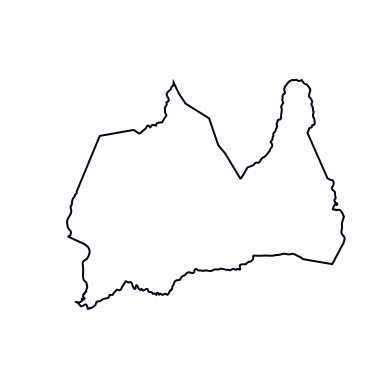 Guinope, El Paraíso, Honduras (Mercator projection), rotated 253°
{"feature_id": "27666195B48819141488377", "entity_name": "Guinope", "entity_type": "district", "adm_level": 2, "iso_a3": "HND", "parent_name": "Honduras", "parent_adm1": "El Paraíso", "projection": "mercator", "projection_center": [-86.952, 13.873], "detail": "fine", "context": "isolated", "style": "outline", "palette": "ink", "viewbox_px": 384, "rotation_deg": 253, "n_neighbors": 0, "source": "geoboundaries", "source_scale": "gbopen_adm2", "svg_char_len": 6036}
<svg xmlns="http://www.w3.org/2000/svg" viewBox="0 0 384 384"><g transform="rotate(253 192 192)"><path d="M185.3,60.8L174.0,73.5L172.0,75.1L170.2,76.2L169.1,76.6L168.0,76.9L166.1,76.9L164.8,76.7L163.6,76.1L161.9,75.0L160.4,73.7L158.7,71.7L157.7,68.1L156.3,67.0L155.5,66.5L149.3,65.2L143.3,63.1L140.6,62.7L139.4,62.8L136.1,64.5L135.3,64.5L134.6,64.2L132.6,64.3L131.0,63.6L128.7,61.9L127.5,61.6L127.3,61.2L127.3,60.0L126.0,59.4L125.8,58.9L125.9,58.3L125.6,57.9L123.8,57.2L122.1,58.0L121.7,58.1L121.2,58.0L121.0,57.7L121.0,57.2L121.8,56.1L122.0,55.4L121.3,55.1L120.6,55.5L120.3,55.4L119.5,53.6L119.4,52.3L119.4,51.3L120.5,49.9L120.8,49.2L120.7,48.9L119.0,50.7L115.7,52.0L115.2,52.4L115.0,53.1L115.0,54.3L115.7,56.9L115.3,57.9L113.8,58.3L111.2,58.2L110.7,58.4L110.5,58.6L110.6,59.0L111.1,59.9L111.0,60.4L110.5,60.9L110.7,62.7L111.8,66.0L112.2,66.7L113.0,67.2L114.0,68.2L114.7,68.5L115.0,68.8L114.5,72.2L115.6,75.6L115.6,76.8L115.2,79.9L115.3,80.8L115.9,81.8L116.5,82.4L117.2,82.7L117.6,83.1L117.6,83.6L117.1,84.6L116.8,86.1L117.7,86.8L118.3,87.8L119.8,90.1L120.5,91.6L120.3,92.3L119.2,93.9L119.2,94.8L119.7,95.7L121.6,97.3L126.0,102.5L125.7,103.1L124.1,104.7L124.0,105.4L123.9,106.8L123.2,107.4L121.8,107.8L118.6,107.8L116.8,108.3L116.2,108.6L116.0,109.2L116.2,109.8L118.3,110.7L119.0,111.3L119.1,111.7L118.7,112.1L117.8,112.4L114.7,112.8L113.8,113.5L113.4,114.1L114.1,114.9L114.0,115.4L113.7,115.6L112.7,115.8L112.0,116.6L112.6,120.1L112.4,120.8L112.1,121.1L111.6,121.2L109.8,121.2L109.3,121.3L107.8,124.2L107.2,124.5L106.5,124.5L106.1,124.7L105.8,126.9L104.0,127.8L104.1,128.0L105.4,128.8L105.7,129.3L104.9,130.4L103.5,130.6L103.5,130.9L104.1,132.0L102.8,133.1L102.3,133.7L102.2,134.3L102.5,136.0L102.4,136.9L102.3,137.2L101.0,138.1L101.1,139.0L101.5,139.8L102.9,141.0L104.0,142.1L104.2,142.6L104.1,143.3L104.4,143.4L104.6,143.3L105.2,144.7L105.8,145.1L107.2,145.5L109.0,147.6L111.1,148.9L111.7,149.9L112.1,151.5L111.5,154.3L111.9,155.0L113.2,156.3L113.7,157.1L114.2,158.3L114.6,160.8L115.9,163.1L116.2,163.9L116.2,165.0L116.0,165.9L114.5,168.4L114.2,169.2L114.2,169.8L114.6,170.5L115.8,171.1L116.7,171.9L117.2,172.5L117.3,173.0L117.1,173.8L115.4,174.8L115.1,175.2L114.4,177.5L113.4,179.3L112.8,183.0L112.0,184.2L111.2,186.0L110.9,188.2L111.4,191.3L110.1,194.4L110.3,196.9L109.0,199.8L107.5,202.1L106.9,204.2L106.1,205.1L106.0,206.2L106.6,208.9L106.3,209.5L105.4,210.3L104.9,211.0L104.8,211.4L105.2,212.1L105.1,212.9L104.9,213.4L104.2,214.2L103.9,215.0L104.0,215.4L104.4,215.6L107.0,215.9L107.7,216.2L108.1,216.7L108.3,217.3L108.3,218.1L107.2,222.5L108.4,224.7L108.6,226.2L108.4,227.6L108.5,228.4L109.2,229.6L110.3,230.9L111.2,231.4L112.7,231.6L113.0,232.0L113.1,232.6L111.6,236.7L109.4,244.9L108.1,248.3L107.6,250.4L107.3,251.4L107.3,253.2L106.4,257.0L106.2,261.4L105.4,263.5L104.1,266.1L103.8,267.1L103.8,269.0L103.6,270.1L102.2,272.2L99.6,274.7L98.2,276.4L95.3,278.6L82.0,305.0L97.4,320.4L98.0,321.2L98.9,321.8L99.7,322.6L101.8,323.7L101.8,324.0L103.0,324.4L104.3,324.5L105.5,324.1L107.6,323.1L108.7,323.0L109.7,323.1L111.1,323.6L114.2,325.2L115.6,325.4L119.2,326.7L121.9,328.8L123.1,329.2L123.7,330.0L124.0,330.1L128.4,329.5L131.0,328.6L131.5,328.2L131.8,327.8L132.4,325.8L132.3,325.2L132.4,324.7L132.5,324.5L133.0,324.4L133.8,322.1L134.2,321.7L136.6,323.1L138.0,324.8L138.3,325.5L137.4,326.2L137.3,326.6L137.5,327.1L137.8,327.4L138.5,327.3L139.2,326.9L139.5,326.5L139.6,326.0L140.0,325.7L141.2,325.8L142.4,325.7L143.5,326.5L144.0,327.5L144.3,327.7L146.9,327.9L150.4,328.7L151.1,328.4L152.8,327.0L153.5,326.8L154.2,326.8L155.2,327.1L157.0,328.9L158.1,329.7L159.4,330.1L160.8,330.2L161.6,330.1L162.2,329.7L163.3,327.9L165.4,325.6L214.9,319.7L216.8,321.6L218.6,322.5L218.9,325.1L219.8,326.2L220.4,326.3L220.9,326.7L220.5,328.0L220.5,328.4L221.2,329.0L222.3,329.7L226.0,330.3L227.4,330.2L228.4,329.8L229.0,329.8L230.3,330.2L233.1,331.8L234.5,331.5L235.4,331.8L235.9,332.1L237.9,332.1L241.0,331.8L241.8,332.3L242.5,333.1L243.5,333.4L245.3,333.2L246.9,332.8L248.4,332.0L249.5,331.8L251.6,332.9L255.0,335.0L255.7,335.1L257.1,334.8L260.9,333.4L262.6,331.3L263.2,330.9L266.3,329.7L266.8,329.8L266.9,326.6L267.2,326.1L268.8,324.7L269.0,322.4L269.8,320.7L269.4,317.5L267.9,314.8L267.2,314.1L265.6,311.8L263.7,310.3L262.8,310.0L260.1,310.0L259.3,309.8L258.6,307.7L257.5,306.8L255.6,306.2L253.6,305.2L250.5,305.3L249.2,303.6L247.6,302.2L244.4,302.0L240.2,300.1L239.3,299.6L237.5,299.1L236.3,298.6L235.7,297.8L235.7,295.3L235.4,294.8L234.6,294.5L232.1,292.7L231.7,292.6L231.3,292.8L230.6,292.8L228.9,291.9L228.2,291.4L227.9,290.8L225.7,289.5L224.8,287.7L224.1,286.9L223.2,286.5L222.0,286.3L220.6,285.0L218.8,284.4L218.1,283.5L217.5,282.4L217.0,281.8L216.5,281.8L215.0,282.4L214.1,282.5L212.8,282.3L211.9,281.7L210.1,279.4L209.4,279.0L208.7,278.4L205.6,273.9L204.4,271.6L204.2,270.0L203.6,268.4L202.8,267.3L201.6,266.2L200.6,264.8L200.7,263.5L201.3,262.3L201.4,261.7L201.0,260.6L200.0,259.1L199.7,258.3L199.3,255.0L199.4,252.9L199.2,252.2L198.7,251.6L193.8,246.6L190.5,242.4L190.0,242.3L219.4,234.9L229.1,230.8L257.4,229.9L278.4,211.7L289.8,208.3L302.0,206.4L299.9,205.6L299.1,204.7L298.5,203.3L296.3,201.5L294.9,198.3L293.6,196.7L291.9,196.1L288.8,196.8L287.0,196.7L286.3,196.3L285.6,195.6L285.2,193.7L283.8,193.6L283.0,193.4L280.4,190.7L276.1,189.5L273.3,189.9L272.5,189.8L272.1,189.4L270.0,186.6L267.8,184.2L267.4,183.7L268.1,180.4L268.0,178.7L267.6,177.9L266.1,177.2L266.0,176.9L266.4,176.2L267.5,174.8L267.6,173.7L267.3,172.6L266.0,171.0L266.3,170.6L267.0,170.6L268.0,169.9L268.4,169.5L268.4,169.2L268.0,168.1L266.7,166.8L266.2,166.0L264.6,162.4L264.4,161.6L264.0,161.1L263.3,158.8L263.5,158.4L265.2,156.9L267.7,155.1L268.2,154.4L268.5,153.7L272.6,120.2L226.1,81.8L225.4,81.7L224.9,81.5L224.2,80.6L223.7,79.7L222.1,78.4L220.4,76.0L217.5,74.3L215.4,73.5L214.6,72.8L214.0,72.0L213.5,71.6L212.7,71.4L209.3,71.1L207.9,70.5L206.1,69.2L202.7,65.4L201.6,64.6L200.3,63.9L199.0,63.5L196.9,63.4L195.9,63.0L194.6,63.0L193.1,63.2L190.1,64.5L189.2,64.6L186.5,63.3L186.1,62.6L185.8,61.0L185.3,60.8Z" fill="none" stroke="#020617" stroke-width="2"/></g></svg>